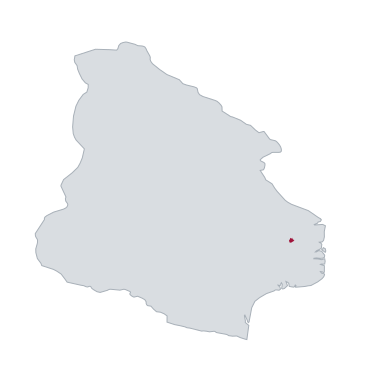 location of Obowo, Imo, Nigeria, rotated 281°
{"feature_id": "59680162B2017456399117", "entity_name": "Obowo", "entity_type": "district", "adm_level": 2, "iso_a3": "NGA", "parent_name": "Nigeria", "parent_adm1": "Imo", "projection": "equal_earth", "projection_center": [7.374, 5.555], "detail": "fine", "context": "in_parent", "style": "filled", "palette": "rose", "viewbox_px": 384, "rotation_deg": 281, "n_neighbors": 0, "source": "geoboundaries", "source_scale": "gbopen_adm2", "svg_char_len": 4399}
<svg xmlns="http://www.w3.org/2000/svg" viewBox="0 0 384 384"><g transform="rotate(281 192 192)"><path d="M303.3,51.1L313.7,70.0L316.0,84.1L316.9,91.0L318.6,91.9L321.8,92.2L324.2,93.6L325.6,95.9L326.5,98.1L326.7,99.4L326.1,107.8L325.3,110.9L325.8,115.1L325.7,116.8L325.3,118.1L323.9,119.5L322.0,120.8L317.3,124.8L316.0,125.4L314.1,125.6L312.4,126.6L310.4,128.7L306.1,136.8L302.5,145.0L299.8,158.1L296.6,162.3L296.0,165.9L295.6,174.1L295.1,176.6L294.5,177.4L291.0,178.9L289.0,180.8L287.8,184.5L286.3,197.2L285.8,199.3L284.6,201.5L282.8,203.9L281.3,205.2L277.2,206.1L273.4,215.6L273.4,217.3L271.7,226.0L268.8,232.5L268.6,236.7L264.9,242.5L263.0,246.4L265.0,250.5L265.1,251.2L258.8,258.1L258.4,259.2L258.2,264.0L257.7,265.3L256.5,267.0L254.8,269.0L253.0,270.5L251.1,271.5L249.2,271.9L248.1,271.3L247.5,269.8L246.4,264.0L245.9,262.7L244.6,261.6L239.7,255.1L236.7,252.8L236.1,253.0L235.6,253.6L234.7,256.9L233.9,258.1L232.4,258.5L229.6,258.5L227.6,258.0L227.2,257.4L226.2,254.8L220.1,260.7L218.0,262.1L215.3,269.0L211.5,272.5L208.8,275.5L201.7,285.0L200.3,287.8L198.9,292.0L195.9,309.8L191.0,321.0L190.3,323.3L190.0,323.2L189.4,324.3L187.5,323.6L186.6,321.5L185.4,321.2L183.4,318.2L183.0,318.7L185.1,326.4L184.3,329.4L178.3,329.4L173.2,330.5L169.6,330.4L167.8,329.3L167.0,326.4L166.7,326.7L166.5,328.2L165.4,329.4L161.4,329.7L159.7,327.7L158.2,325.5L156.7,324.5L156.9,325.5L158.7,327.6L158.5,330.7L155.3,334.3L153.2,334.5L152.0,332.9L151.3,330.4L151.0,326.7L150.2,324.3L149.7,324.3L150.3,328.3L150.3,332.1L151.8,335.0L149.5,335.9L146.6,336.0L146.3,334.9L145.9,332.5L145.4,331.9L144.9,336.0L139.1,337.1L138.2,337.0L138.1,336.2L138.5,335.1L138.4,333.2L137.1,334.6L136.9,337.5L136.2,337.9L134.0,337.5L131.6,336.1L127.7,332.5L122.9,326.6L122.1,324.0L120.8,320.8L118.3,311.9L118.7,311.5L119.8,312.0L120.4,311.1L118.4,310.5L118.0,309.9L117.9,307.9L117.9,305.5L121.0,304.3L121.7,302.8L122.1,301.3L118.3,303.6L114.9,301.1L114.1,299.5L114.5,298.4L118.5,298.3L120.0,297.1L119.1,296.7L117.5,296.8L117.0,296.0L117.0,294.2L116.5,294.6L115.9,296.2L113.5,297.4L112.2,296.2L112.0,293.6L111.7,292.4L110.6,291.5L106.5,284.5L101.3,278.6L96.7,274.6L89.8,272.7L75.3,272.8L74.5,272.2L75.4,271.3L76.7,270.7L81.3,267.4L80.6,267.0L75.7,269.0L74.1,269.2L71.9,273.2L57.6,274.0L57.7,272.2L58.3,267.1L59.2,263.5L58.2,259.2L58.0,255.3L58.6,254.1L58.8,252.7L58.7,242.7L59.5,241.2L59.5,240.2L58.1,235.9L58.1,232.7L57.8,229.5L57.3,228.1L58.0,215.9L57.8,212.9L58.3,210.8L58.5,205.5L58.5,200.4L59.5,192.3L65.6,191.2L67.1,188.0L68.0,184.0L67.7,180.0L69.7,176.6L72.1,173.5L72.0,170.1L72.7,169.0L73.8,168.3L75.5,167.9L77.3,166.2L78.3,163.2L79.3,158.5L77.8,155.2L77.8,154.5L78.4,152.7L79.4,150.9L80.1,150.4L81.9,150.8L82.5,150.1L83.6,144.9L83.5,143.5L81.9,140.0L81.0,130.6L80.6,129.3L79.3,127.6L75.9,121.0L76.0,117.8L77.4,113.8L78.4,111.9L79.7,110.8L80.0,109.9L79.6,108.7L78.9,107.9L78.8,106.1L79.4,103.6L79.3,100.8L79.7,86.6L82.4,83.8L86.5,79.2L88.5,74.4L89.6,70.7L91.1,58.6L93.2,57.3L97.2,52.9L102.7,50.3L106.3,49.5L112.5,50.0L115.6,49.5L118.3,47.1L119.6,46.5L121.3,46.1L136.8,52.4L138.2,52.1L139.4,52.5L141.3,54.2L145.9,60.1L150.7,69.2L152.2,71.1L153.7,72.2L155.2,72.5L156.3,72.4L157.4,71.5L159.0,69.8L161.2,69.0L163.1,69.2L172.8,62.2L173.7,62.1L179.7,63.6L187.8,70.6L194.4,75.2L199.1,76.7L204.5,77.8L213.8,78.1L220.9,68.3L223.4,66.2L226.6,64.3L233.1,62.4L243.9,61.2L254.1,61.7L260.4,63.4L267.1,66.6L270.0,69.7L274.5,70.2L277.8,69.6L278.8,66.5L282.0,62.5L286.9,58.8L290.8,56.3L294.1,55.1L296.9,52.2L299.3,51.2L303.3,51.1ZM161.8,333.6L159.6,334.6L158.2,334.3L160.1,330.3L161.1,331.2L162.4,331.5L161.8,333.6Z" fill="#d9dde1" stroke="#a8b0b8" stroke-width="1"/><path d="M164.4,298.4L164.4,298.2L164.5,298.1L164.6,297.9L164.4,297.9L164.2,297.9L163.9,297.9L163.8,298.0L163.5,297.8L163.4,297.7L163.3,297.4L163.2,297.4L162.9,297.3L162.7,297.3L162.6,297.5L162.8,297.6L162.9,297.8L162.5,297.7L162.3,298.0L162.2,298.0L162.0,297.9L161.9,297.9L161.9,298.0L161.8,298.3L161.9,298.5L162.0,298.7L162.1,298.9L162.2,299.0L162.2,298.9L162.3,298.9L162.3,299.0L162.5,299.2L162.6,299.3L162.8,299.4L163.0,299.5L163.3,299.5L163.2,299.5L163.1,299.8L163.2,300.0L163.3,300.0L163.4,300.3L163.5,300.4L163.7,300.5L163.7,300.4L163.8,300.3L163.8,300.2L164.0,300.0L164.0,299.9L164.2,299.7L164.2,299.4L164.3,299.3L164.3,299.2L164.2,299.1L164.3,298.9L164.4,298.7L164.5,298.7L164.4,298.6L164.4,298.4L164.4,298.4Z" fill="#f43f5e" stroke="#9f1239" stroke-width="1.5"/></g></svg>